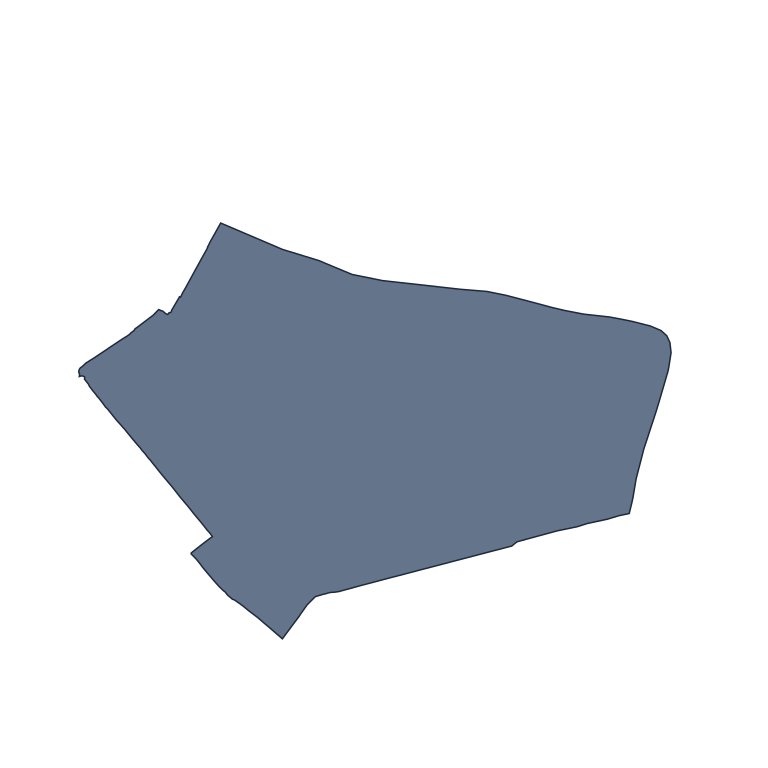 the district of Carcaliu, Tulcea, Romania, rotated 159°
{"feature_id": "2599482B4283959466403", "entity_name": "Carcaliu", "entity_type": "district", "adm_level": 2, "iso_a3": "ROU", "parent_name": "Romania", "parent_adm1": "Tulcea", "projection": "orthographic", "projection_center": [28.166, 45.183], "detail": "fine", "context": "isolated", "style": "filled", "palette": "slate", "viewbox_px": 768, "rotation_deg": 159, "n_neighbors": 0, "source": "geoboundaries", "source_scale": "gbopen_adm2", "svg_char_len": 2859}
<svg xmlns="http://www.w3.org/2000/svg" viewBox="0 0 768 768"><g transform="rotate(159 384 384)"><path d="M478.8,592.8L487.4,585.6L494.4,579.8L496.0,578.4L499.8,574.9L499.7,574.6L501.4,573.1L506.7,568.7L510.3,565.7L513.7,562.8L519.9,557.6L527.4,551.2L534.1,545.5L539.4,541.2L542.8,538.0L543.7,538.7L544.1,538.3L556.0,528.8L556.5,527.8L557.5,527.3L558.8,527.3L559.0,527.6L561.1,526.4L562.4,527.7L563.3,529.2L564.3,531.2L565.8,532.4L567.5,534.2L567.9,534.1L568.2,534.0L575.0,530.9L578.5,529.9L595.4,525.0L596.4,524.9L596.7,524.6L598.5,523.4L602.4,522.3L603.6,521.6L606.7,520.8L612.0,519.8L625.5,516.8L637.5,514.0L643.9,512.6L644.6,512.4L649.1,511.5L650.9,511.2L651.4,511.0L652.7,510.7L654.0,510.6L654.5,510.5L659.7,508.4L661.6,507.9L662.0,507.7L662.3,507.5L662.9,507.1L663.5,506.5L664.4,505.3L664.5,505.0L664.8,503.9L664.7,502.3L664.9,501.8L665.6,500.5L665.8,500.2L664.2,500.1L662.4,499.5L661.0,497.9L661.2,496.9L661.9,496.0L659.9,489.4L659.9,487.6L658.1,481.5L656.6,477.0L656.2,475.1L655.5,473.7L654.2,469.4L653.2,466.0L652.7,464.2L652.3,462.4L651.1,459.9L649.8,455.8L646.7,446.1L644.3,439.9L643.1,436.6L642.5,435.2L641.0,430.4L639.8,426.9L638.2,421.9L637.6,420.5L637.1,418.7L635.7,414.9L634.6,412.0L633.6,408.5L632.9,406.7L632.0,404.4L631.2,401.4L630.4,398.9L629.2,396.0L628.8,394.3L628.4,393.1L626.7,387.9L625.9,385.2L623.9,379.0L622.3,374.4L620.4,368.8L618.9,364.7L616.9,358.2L614.8,351.3L610.6,339.3L608.0,330.9L607.1,328.3L605.2,322.7L604.0,319.3L603.3,317.0L602.3,313.7L601.5,311.0L600.1,307.5L599.3,304.6L598.9,303.0L602.4,302.1L608.2,300.4L612.6,299.1L622.5,296.0L624.6,295.3L624.9,294.2L624.1,292.6L621.9,287.5L619.9,281.1L619.0,277.8L617.8,274.2L616.2,269.6L614.1,263.6L613.3,261.3L610.5,253.9L607.9,248.4L606.8,246.7L606.4,245.2L605.6,242.7L603.8,239.6L602.7,237.4L601.1,236.1L600.5,235.2L597.1,230.2L595.2,227.2L591.4,220.5L585.6,211.2L580.9,202.4L579.3,199.6L577.7,196.6L570.2,182.5L564.3,186.3L561.2,188.2L556.7,191.1L546.5,197.5L544.2,199.2L535.0,205.3L531.3,207.0L524.3,210.1L515.4,209.4L513.5,209.0L512.1,209.0L511.0,208.9L508.8,208.6L504.2,207.2L502.8,206.9L500.6,206.4L475.4,203.9L474.7,203.8L444.3,200.5L443.8,200.4L421.3,197.9L420.0,197.8L388.2,194.2L387.8,194.2L342.0,189.1L332.7,188.0L332.1,188.0L324.3,187.1L322.8,186.9L319.6,188.0L316.4,189.0L306.2,188.0L274.8,184.8L254.7,181.5L244.3,180.9L223.7,177.7L212.3,176.9L201.5,175.2L201.0,175.9L195.1,184.4L192.1,189.0L185.8,199.7L182.8,204.8L164.8,230.1L157.6,238.9L149.5,248.9L139.9,260.7L131.9,271.0L114.1,294.4L111.8,298.1L104.8,310.3L102.2,320.2L102.7,327.7L106.2,334.6L110.4,338.7L114.9,343.0L118.4,345.4L129.7,353.4L139.9,359.9L149.7,365.9L172.4,377.6L188.8,387.8L199.4,395.0L222.3,411.6L238.5,423.2L254.7,433.5L279.0,445.2L348.4,481.1L374.5,497.7L390.8,513.2L395.5,517.7L400.1,522.2L430.5,546.0L450.8,565.7L478.8,592.8Z" fill="#64748b" stroke="#1e293b" stroke-width="1.5"/></g></svg>